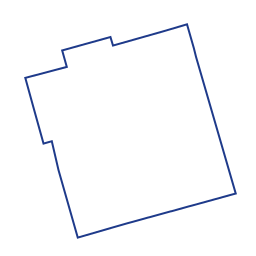 outline of Wayne, Indiana, United States of America, rotated 74°
{"feature_id": "52423323B20136389487822", "entity_name": "Wayne", "entity_type": "district", "adm_level": 2, "iso_a3": "USA", "parent_name": "United States of America", "parent_adm1": "Indiana", "projection": "orthographic", "projection_center": [-84.945, 39.86], "detail": "fine", "context": "isolated", "style": "outline", "palette": "blue", "viewbox_px": 256, "rotation_deg": 74, "n_neighbors": 0, "source": "geoboundaries", "source_scale": "gbopen_adm2", "svg_char_len": 542}
<svg xmlns="http://www.w3.org/2000/svg" viewBox="0 0 256 256"><g transform="rotate(74 128 128)"><path d="M119.7,213.5L119.7,204.9L149.1,206.4L219.5,206.5L219.4,171.8L219.4,171.0L219.4,163.4L219.4,156.6L219.4,154.9L219.5,148.8L219.5,147.5L219.6,137.9L219.6,133.4L219.7,131.9L219.8,120.3L219.9,109.8L220.0,109.3L220.1,94.4L220.1,91.6L220.2,88.3L220.6,48.3L220.7,42.5L78.3,43.0L69.6,42.7L44.6,42.7L44.8,68.5L44.6,119.7L35.7,119.8L35.3,169.9L52.4,170.0L51.5,212.9L80.7,213.2L119.7,213.5Z" fill="none" stroke="#1e3a8a" stroke-width="2"/></g></svg>